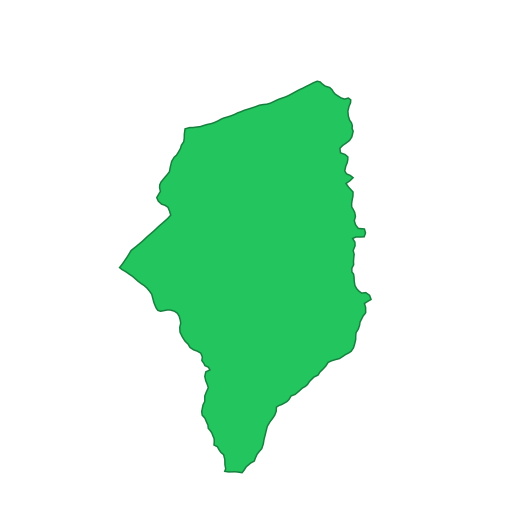 Santa Juliana, Minas Gerais, Brazil, rotated 223°
{"feature_id": "56859067B39464064120136", "entity_name": "Santa Juliana", "entity_type": "district", "adm_level": 2, "iso_a3": "BRA", "parent_name": "Brazil", "parent_adm1": "Minas Gerais", "projection": "mercator", "projection_center": [-47.514, -19.38], "detail": "fine", "context": "isolated", "style": "filled", "palette": "green", "viewbox_px": 512, "rotation_deg": 223, "n_neighbors": 0, "source": "geoboundaries", "source_scale": "gbopen_adm2", "svg_char_len": 3676}
<svg xmlns="http://www.w3.org/2000/svg" viewBox="0 0 512 512"><g transform="rotate(223 256 256)"><path d="M150.7,304.1L153.5,300.9L157.1,300.5L159.8,300.7L163.4,301.8L166.8,304.4L170.0,307.5L172.3,309.3L175.1,309.8L177.6,312.5L178.6,316.2L180.9,318.4L183.1,321.1L185.3,324.1L188.7,326.3L190.5,331.0L193.1,333.6L197.3,334.7L195.8,338.1L192.5,341.2L190.0,343.8L191.6,347.5L195.1,349.7L197.5,347.9L200.0,345.9L204.4,346.7L208.1,348.8L210.3,352.8L213.6,355.2L216.5,356.3L219.4,357.1L221.7,359.4L223.7,362.3L226.0,366.0L228.7,369.0L235.3,369.5L239.6,370.4L238.6,375.2L238.4,379.5L242.0,379.2L245.8,377.8L249.1,378.7L251.6,382.9L252.9,386.4L254.5,389.0L256.4,391.1L260.0,391.0L264.6,389.1L268.1,392.0L268.0,396.0L267.1,400.0L266.4,404.3L267.1,408.4L270.0,413.5L272.8,414.9L274.4,417.0L277.0,418.5L280.2,419.2L283.9,421.3L287.6,424.6L290.1,429.0L291.4,432.6L293.2,434.8L296.2,434.5L298.2,431.2L301.6,429.6L305.0,429.0L308.5,428.4L311.2,428.7L314.0,429.5L317.0,429.5L321.3,427.4L325.1,427.0L327.7,427.1L330.4,425.6L332.2,421.8L333.7,417.5L335.2,413.6L336.2,410.7L337.7,407.2L338.9,403.7L340.2,399.7L341.6,395.6L342.9,392.5L344.3,389.9L346.2,386.3L347.4,383.5L348.4,380.8L349.7,377.6L351.6,374.4L354.1,371.6L356.3,368.7L358.2,364.8L359.9,361.7L362.2,357.6L364.1,354.3L365.4,351.3L366.9,348.5L368.3,344.8L369.8,341.6L372.0,337.7L373.7,334.9L374.9,332.2L375.9,329.0L377.6,324.9L379.2,322.0L381.3,319.1L383.2,315.9L384.9,312.7L387.4,309.8L389.7,307.0L392.1,304.7L394.6,300.6L391.5,296.2L388.8,293.2L386.8,290.3L386.1,286.0L384.6,283.2L383.6,279.2L382.9,275.5L383.2,272.4L382.2,267.7L379.4,262.7L376.8,258.6L376.4,254.6L376.3,251.2L376.1,248.1L375.9,245.1L374.9,242.4L373.1,240.2L370.0,238.1L369.2,234.5L368.4,231.0L364.9,229.5L360.4,229.5L357.2,231.0L353.6,231.6L349.7,229.8L346.2,227.7L346.2,222.6L346.6,218.7L346.9,215.4L347.3,211.9L347.5,208.5L347.8,204.4L348.3,199.5L348.7,196.2L348.9,193.1L349.2,188.6L349.8,184.0L350.2,180.7L350.7,177.8L351.1,174.8L350.3,171.2L349.5,167.2L349.1,164.5L348.6,161.4L348.2,158.4L347.9,154.5L344.7,154.7L342.0,155.4L339.3,155.9L336.0,156.3L332.5,156.9L325.0,157.1L321.2,157.5L317.7,158.1L314.0,158.2L309.4,157.6L306.2,156.9L303.3,155.1L299.4,152.6L296.4,151.1L293.3,149.8L290.7,149.3L288.1,150.5L286.4,152.8L284.1,156.0L281.9,158.0L278.0,160.0L274.5,160.5L271.2,159.6L267.9,157.6L265.3,155.6L263.0,151.7L259.5,148.4L254.5,146.5L249.7,145.3L245.4,145.2L241.9,144.1L237.7,144.8L234.2,146.3L230.2,147.3L226.4,145.6L224.3,142.6L221.1,142.0L218.6,141.0L215.0,142.2L212.0,141.3L213.7,137.0L211.3,133.0L207.7,130.5L204.2,128.9L201.1,127.2L199.5,122.5L198.0,118.7L194.3,114.7L193.2,111.0L191.5,108.2L189.6,105.2L186.8,102.9L182.6,102.5L178.9,100.8L175.7,99.5L173.4,97.4L170.6,97.1L167.7,96.5L164.9,95.1L162.1,93.9L159.8,91.6L157.8,89.1L154.1,90.2L151.0,89.1L147.7,88.4L144.2,88.6L140.0,85.9L136.3,82.1L133.1,79.8L132.0,77.2L128.9,79.3L126.3,81.8L124.3,83.8L122.1,85.5L118.4,88.0L118.6,90.9L119.4,95.3L118.7,101.0L117.4,104.9L118.6,107.6L120.0,111.7L120.3,115.2L120.4,119.0L122.6,123.7L124.9,127.1L127.6,132.0L129.7,135.7L131.6,139.2L132.7,144.2L133.1,148.4L133.7,152.2L135.3,156.2L138.0,159.4L137.3,162.2L136.0,164.7L134.9,168.0L134.1,170.6L134.0,173.5L134.9,177.6L133.0,181.4L132.4,186.2L132.0,191.1L131.0,194.2L130.7,197.0L131.3,200.7L131.1,206.9L129.4,211.2L130.1,214.5L129.9,218.2L129.9,223.1L130.7,227.4L129.2,231.0L127.2,234.5L125.0,237.9L124.0,241.9L123.4,244.7L122.1,248.3L121.4,251.2L122.1,255.4L124.0,259.2L126.2,263.0L128.5,265.5L130.5,268.1L131.4,272.5L133.1,276.1L134.9,278.7L135.7,281.7L136.7,284.9L137.1,289.3L140.7,293.1L144.3,295.2L143.3,299.2L142.2,302.7L146.1,304.7L150.7,304.1Z" fill="#22c55e" stroke="#15803d" stroke-width="1.5"/></g></svg>